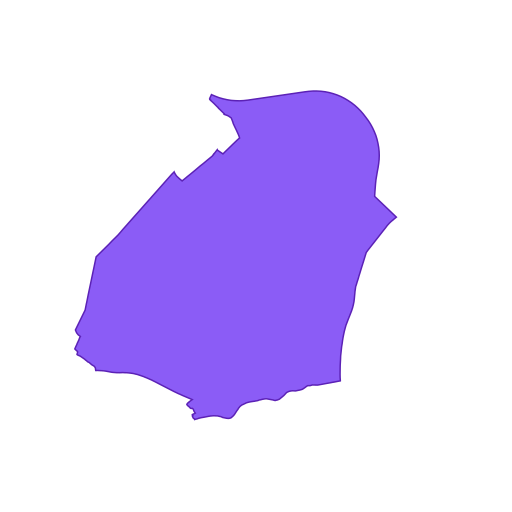 Steenbergen, Noord-Brabant, Netherlands, rotated 121°
{"feature_id": "6326949B69485420920073", "entity_name": "Steenbergen", "entity_type": "district", "adm_level": 2, "iso_a3": "NLD", "parent_name": "Netherlands", "parent_adm1": "Noord-Brabant", "projection": "albers", "projection_center": [4.349, 51.603], "detail": "fine", "context": "isolated", "style": "filled", "palette": "violet", "viewbox_px": 512, "rotation_deg": 121, "n_neighbors": 0, "source": "geoboundaries", "source_scale": "gbopen_adm2", "svg_char_len": 5821}
<svg xmlns="http://www.w3.org/2000/svg" viewBox="0 0 512 512"><g transform="rotate(121 256 256)"><path d="M140.6,377.3L144.2,376.9L144.3,376.9L144.5,376.7L144.9,376.7L145.2,376.7L145.4,376.4L145.6,376.3L145.6,376.2L145.8,375.7L145.7,375.2L146.0,375.1L146.1,374.5L146.1,374.4L146.4,372.9L146.9,370.6L148.3,365.1L148.5,364.6L148.4,364.6L148.6,364.2L150.3,357.1L150.4,356.8L150.4,356.6L150.4,356.4L150.5,356.2L151.0,356.2L150.3,352.9L150.3,352.6L150.3,352.3L150.2,352.0L150.2,351.7L150.4,348.5L150.4,348.4L152.3,345.9L152.7,345.4L153.1,344.9L154.2,343.7L155.9,341.2L156.5,340.3L156.9,339.7L158.0,338.0L160.6,334.2L161.4,333.1L162.1,332.2L162.9,331.3L163.3,330.8L164.3,331.2L166.6,331.9L171.7,333.3L182.3,336.1L185.5,336.9L185.4,338.3L185.4,339.1L185.2,342.2L185.2,342.6L185.2,343.1L185.0,343.6L184.8,343.9L185.0,343.9L185.1,344.0L185.9,344.1L186.7,344.2L191.1,344.7L191.0,344.8L192.6,344.9L193.0,345.0L193.3,345.1L195.0,345.7L201.2,347.9L201.9,348.1L204.4,349.0L207.5,350.2L214.3,352.5L220.5,354.7L223.7,355.9L224.4,356.1L225.5,356.5L229.7,358.0L229.5,358.5L229.5,359.6L229.3,360.7L229.1,361.7L228.5,364.7L228.2,365.6L227.8,366.5L227.3,367.5L226.2,369.4L226.1,369.5L226.6,369.6L229.3,370.3L284.0,380.5L284.5,380.6L301.7,383.8L305.9,384.5L309.2,385.1L317.0,387.1L322.3,388.3L339.0,392.6L351.6,388.2L352.2,388.0L352.5,387.9L353.1,387.7L362.8,384.3L375.8,379.8L383.3,377.1L384.0,376.9L390.4,374.6L394.0,374.3L412.4,372.7L413.6,371.1L414.3,370.0L414.8,368.7L415.2,367.5L415.2,367.0L415.2,366.8L415.3,366.3L415.4,365.1L416.6,365.1L419.4,364.6L421.3,364.4L423.3,364.2L424.1,364.0L426.4,363.8L427.9,363.6L428.3,363.5L428.8,363.5L429.1,363.2L429.8,359.9L429.9,359.7L430.1,359.5L430.8,359.2L431.5,359.1L432.2,358.8L432.6,358.7L432.7,358.2L432.7,357.5L432.6,357.0L432.4,355.5L432.4,355.1L432.4,354.2L432.7,349.8L432.7,349.5L432.8,349.3L432.9,348.9L433.0,348.4L433.0,347.7L433.3,346.2L433.4,345.6L433.2,344.4L433.3,343.6L433.6,342.2L433.6,341.7L433.8,341.1L433.8,339.6L433.8,338.8L433.8,338.3L433.8,338.1L434.1,337.2L434.4,336.5L434.5,336.3L434.7,336.1L434.8,335.9L435.1,335.7L435.5,335.4L435.8,335.2L436.1,334.8L436.6,334.5L436.7,334.4L436.4,333.9L435.8,333.0L435.2,331.9L434.8,331.1L433.5,328.7L433.3,328.2L433.0,327.7L432.1,325.6L431.4,323.7L430.9,322.4L430.7,321.8L430.1,320.2L429.5,318.8L428.8,317.4L428.3,316.4L427.8,315.4L427.5,314.8L427.3,314.6L427.2,314.4L426.8,313.7L426.4,313.0L425.9,312.2L424.5,310.1L423.9,308.9L423.4,308.0L422.7,306.8L421.9,305.2L421.4,304.1L420.9,303.0L420.5,302.0L420.1,301.1L419.7,300.0L419.2,298.3L418.6,296.5L418.3,295.0L418.0,293.8L417.7,292.3L417.2,290.0L417.1,288.9L416.8,287.3L416.4,284.3L416.3,283.2L416.1,282.0L416.0,280.5L415.9,279.3L414.4,256.6L414.3,255.5L414.1,253.4L414.0,252.3L413.9,251.3L413.7,250.2L413.3,246.5L411.9,236.7L415.7,238.3L415.9,238.2L416.0,238.3L417.3,238.8L417.7,238.8L417.9,238.9L418.1,238.9L418.7,238.8L418.9,238.8L419.0,238.6L419.2,238.3L419.2,238.1L419.5,237.2L419.6,236.7L419.6,236.2L419.8,235.4L419.9,234.8L420.1,234.3L420.2,234.1L420.2,233.8L420.2,233.4L420.1,233.2L419.9,232.7L419.5,232.3L419.4,232.1L419.4,231.7L419.5,231.4L419.7,230.9L419.9,230.6L420.3,230.0L420.8,229.5L421.3,228.5L421.8,227.5L422.0,227.1L424.7,228.9L425.4,227.9L425.9,228.2L427.2,226.4L427.3,225.6L427.3,224.9L427.8,224.4L427.6,224.2L427.4,224.1L427.0,223.7L426.6,223.3L425.8,222.5L425.5,222.2L424.9,221.8L424.8,221.7L424.5,221.4L423.6,220.5L422.8,219.7L421.7,218.4L421.1,217.7L417.5,213.7L417.3,213.4L416.5,212.5L416.1,211.9L415.8,211.5L414.8,210.1L413.7,208.1L413.1,207.0L412.8,206.4L412.4,205.1L412.1,204.2L411.9,203.7L411.7,203.1L411.7,202.8L411.6,201.5L410.5,198.4L410.2,197.6L409.5,196.1L408.9,195.3L407.9,194.3L407.2,193.9L406.5,193.7L405.3,193.3L403.5,192.9L402.2,192.8L401.2,192.8L398.3,192.7L396.8,192.5L395.6,192.6L394.5,192.4L394.4,192.4L393.4,192.3L393.1,192.2L391.2,191.5L390.0,190.7L389.1,190.1L387.9,189.3L386.9,188.7L386.6,188.4L385.8,187.7L385.5,187.4L384.6,186.5L383.8,185.6L381.8,183.2L381.1,182.3L380.8,182.0L380.2,181.4L379.8,180.8L378.8,179.8L377.7,179.0L377.4,178.7L377.1,178.3L376.9,178.0L375.9,177.1L373.8,174.7L373.0,173.5L372.3,171.7L371.4,169.3L370.7,167.5L370.2,165.6L369.9,165.0L369.6,164.8L369.3,164.5L368.6,163.7L366.7,162.2L364.7,161.5L362.5,160.7L362.1,160.6L361.8,160.5L361.3,160.3L359.9,160.0L358.5,159.7L357.4,159.5L356.9,159.2L356.6,159.1L355.4,158.2L355.2,158.1L354.2,157.1L353.8,156.7L352.8,155.4L352.7,155.3L351.7,153.4L351.4,152.8L351.2,152.6L350.9,152.2L349.3,150.5L348.5,149.6L347.5,148.6L346.6,147.8L345.6,147.2L343.6,146.3L342.4,145.8L342.0,145.7L341.1,145.2L340.5,144.9L340.4,144.8L339.8,143.7L339.1,142.7L338.2,141.9L337.6,141.4L334.9,136.7L319.6,119.4L319.4,119.5L317.0,121.2L314.3,122.9L309.0,126.0L306.2,127.6L300.9,130.4L298.0,132.0L295.4,133.2L289.6,135.9L286.8,137.0L283.8,138.3L280.8,139.5L278.0,140.5L275.1,141.5L272.0,142.4L269.1,143.2L263.0,144.3L259.9,144.8L256.9,145.3L253.9,145.8L250.8,146.5L247.8,147.4L244.7,148.5L241.8,149.8L239.1,151.1L236.8,152.2L235.4,152.9L233.2,153.8L230.9,154.8L229.0,155.2L225.9,156.0L222.8,156.7L219.9,157.5L217.0,158.2L211.0,159.7L205.1,161.1L199.1,162.6L196.2,163.3L192.9,163.0L189.8,162.6L174.6,160.7L168.2,159.9L165.3,159.5L162.2,159.2L159.2,158.6L157.0,158.0L153.8,156.9L150.4,155.7L143.8,185.0L140.0,187.0L136.4,188.8L132.8,190.6L129.0,192.4L121.4,195.4L117.6,196.8L113.7,198.4L110.0,200.1L106.4,202.1L103.0,204.3L99.7,206.8L96.6,209.5L93.6,212.4L90.9,215.4L88.4,218.7L86.1,222.1L84.0,225.7L82.2,229.3L80.6,233.2L79.1,237.0L77.8,240.9L76.8,244.9L76.0,248.9L75.5,253.0L75.3,257.1L75.3,261.2L75.6,265.4L76.2,269.4L77.1,273.5L78.2,277.4L79.6,281.3L81.3,285.1L83.2,288.7L85.3,292.2L87.7,295.6L90.2,298.8L126.7,343.4L129.2,346.7L131.5,350.1L133.5,353.7L135.4,357.4L136.9,361.2L138.2,365.1L139.3,369.1L140.0,373.1L140.6,377.2L140.6,377.3Z" fill="#8b5cf6" stroke="#5b21b6" stroke-width="1.5"/></g></svg>